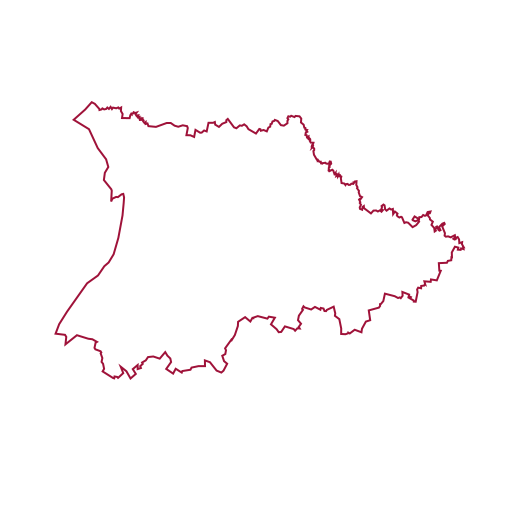 Gert Sibande, Mpumalanga, South Africa, rotated 190°
{"feature_id": "47623444B27645248540404", "entity_name": "Gert Sibande", "entity_type": "district", "adm_level": 2, "iso_a3": "ZAF", "parent_name": "South Africa", "parent_adm1": "Mpumalanga", "projection": "natural_earth1", "projection_center": [29.797, -26.609], "detail": "fine", "context": "isolated", "style": "outline", "palette": "rose", "viewbox_px": 512, "rotation_deg": 190, "n_neighbors": 0, "source": "geoboundaries", "source_scale": "gbopen_adm2", "svg_char_len": 6072}
<svg xmlns="http://www.w3.org/2000/svg" viewBox="0 0 512 512"><g transform="rotate(190 256 256)"><path d="M346.4,371.9L350.8,372.0L355.0,369.8L358.8,370.2L363.1,372.2L367.0,371.5L376.9,365.8L384.5,365.2L385.9,367.7L387.5,366.9L387.9,368.8L388.9,367.6L390.5,369.0L390.2,370.0L391.4,370.9L391.6,372.0L393.4,371.7L393.6,370.9L392.7,370.1L394.0,369.8L395.1,372.1L396.1,371.7L396.7,372.3L395.8,373.0L397.0,373.0L396.6,374.1L398.3,373.6L399.3,374.8L398.5,376.5L399.6,375.9L401.4,376.3L401.5,375.2L403.2,374.8L403.0,373.8L403.7,374.1L404.2,372.9L404.4,369.8L411.9,368.6L412.0,372.7L414.2,375.3L414.6,378.8L416.3,377.4L417.4,378.4L419.3,377.2L422.6,377.3L423.4,375.7L425.1,377.6L426.4,375.3L428.2,376.4L429.1,374.8L431.0,374.0L432.9,374.7L433.6,373.5L435.5,372.6L435.8,373.6L441.2,377.9L444.5,378.9L449.7,370.5L459.2,358.5L442.5,351.9L430.6,334.8L420.4,325.2L416.9,318.0L419.3,311.7L419.0,304.4L410.1,296.6L409.4,295.3L408.1,284.5L407.4,287.5L404.0,289.9L402.2,290.0L399.1,293.4L397.5,294.1L396.1,290.8L395.5,285.1L394.5,272.7L394.7,249.9L396.5,233.0L400.0,224.0L403.6,219.6L408.2,209.4L417.6,199.8L432.4,168.4L438.0,154.7L439.9,144.7L430.4,145.2L428.8,143.4L428.3,135.9L418.6,146.9L406.8,145.4L402.7,145.6L397.7,143.8L398.9,142.8L399.1,137.5L398.0,136.2L392.5,135.2L391.6,134.1L392.1,133.2L389.6,128.8L389.7,124.9L387.9,123.3L386.0,118.5L387.0,115.7L375.5,111.0L374.4,110.9L374.4,112.8L371.7,112.8L370.7,112.0L366.4,117.6L370.0,123.5L363.6,120.0L358.3,113.6L353.9,119.0L357.7,123.2L353.6,128.1L352.9,124.1L349.9,125.7L350.9,127.4L348.8,130.1L349.7,131.3L346.4,134.1L344.8,137.7L339.7,139.2L333.0,138.2L328.7,145.6L326.0,142.5L322.6,140.2L321.2,136.8L324.8,129.2L317.2,125.8L315.5,131.0L308.9,128.3L308.6,129.9L300.8,132.6L300.1,134.9L293.4,137.6L287.1,138.7L288.2,144.3L282.9,143.4L274.9,136.3L269.9,135.2L268.1,137.4L265.7,144.9L269.2,146.9L271.9,151.9L269.2,154.1L269.2,158.0L270.4,159.7L265.7,169.4L265.3,169.0L263.1,174.5L261.7,183.9L262.2,188.1L256.1,193.9L250.2,190.5L248.8,194.4L247.8,194.3L247.8,194.9L243.8,197.1L233.9,196.3L232.8,198.5L229.6,198.5L226.7,198.5L229.4,191.3L223.0,187.5L220.4,184.9L218.0,185.6L215.3,191.7L206.2,190.6L204.5,189.2L202.7,192.0L200.4,192.2L201.6,193.6L199.9,197.1L203.5,200.1L203.4,204.7L200.4,211.1L201.4,211.9L200.5,214.7L199.2,213.8L192.4,212.9L189.1,216.1L183.3,214.3L183.2,216.1L180.4,216.0L179.0,213.7L177.4,213.9L176.9,215.2L170.7,219.6L168.0,213.3L167.9,210.8L163.0,208.3L159.5,199.4L158.6,194.0L154.3,194.5L152.0,195.8L151.9,196.6L150.2,196.0L146.0,200.5L138.9,199.2L139.0,202.8L136.4,210.5L132.4,212.6L135.5,222.0L126.0,226.5L125.1,228.4L125.5,230.1L124.7,230.4L122.8,233.7L122.5,241.3L112.4,240.5L108.8,239.3L107.2,240.2L106.1,239.6L104.7,242.3L105.6,246.0L98.5,244.6L98.7,241.6L97.8,241.3L97.4,242.7L96.3,242.4L97.0,241.0L92.9,239.5L92.7,238.5L90.8,238.7L90.6,248.5L91.5,251.0L90.8,253.0L87.8,252.9L88.1,255.2L85.2,256.1L84.8,257.6L84.4,257.4L85.8,260.3L79.5,260.9L79.6,263.3L73.7,263.4L71.5,273.5L72.9,273.4L74.7,280.7L66.8,282.5L66.2,284.5L63.0,285.7L63.3,288.8L62.8,288.8L63.8,293.5L61.7,299.7L58.2,299.4L58.3,297.3L55.5,297.6L55.3,299.1L52.8,298.8L53.5,300.5L52.9,300.6L55.3,303.5L55.4,305.4L58.0,304.0L58.9,307.6L60.7,309.7L61.9,308.9L62.3,307.2L63.4,306.7L64.6,307.2L63.1,309.0L63.8,311.0L67.5,308.2L70.2,308.7L72.4,308.0L73.8,308.8L73.9,311.3L77.8,317.5L75.7,320.3L76.4,321.3L78.1,320.2L80.8,316.2L78.8,313.5L79.7,312.8L80.8,313.4L82.9,316.5L83.6,316.0L83.3,314.8L84.1,313.2L83.3,312.2L84.3,311.2L85.4,314.6L88.6,317.1L87.8,320.5L91.0,322.2L91.4,323.6L94.0,325.9L93.5,327.8L92.2,328.3L91.9,330.1L94.6,329.1L95.6,325.5L96.6,324.9L98.5,325.4L99.8,323.1L101.9,322.6L101.8,320.6L106.7,322.5L108.2,319.0L107.9,318.5L105.1,317.8L103.0,319.3L101.4,318.1L103.6,314.2L106.8,311.6L111.9,315.2L114.1,315.3L115.6,314.3L119.0,319.5L120.0,319.8L121.5,318.8L123.6,319.7L124.4,320.7L124.0,322.3L126.9,323.9L128.2,321.1L129.4,326.1L131.0,325.2L132.8,326.0L135.3,323.3L136.9,324.4L138.2,328.2L139.4,328.8L141.0,327.0L140.4,326.1L140.7,324.0L139.0,323.3L140.1,321.4L141.9,322.5L143.7,321.0L145.6,321.7L148.2,321.1L150.2,317.9L158.0,321.9L158.5,323.9L159.5,322.9L159.5,320.0L161.8,320.5L162.3,322.0L161.5,324.7L163.0,326.2L162.6,327.1L164.3,329.5L163.7,330.2L163.1,329.8L161.8,332.4L164.0,333.1L165.9,336.5L165.9,338.0L168.3,340.3L168.0,341.4L169.6,343.4L170.0,347.1L171.7,346.5L172.1,345.2L172.8,345.3L172.8,343.9L174.6,343.8L175.7,342.4L177.2,342.1L178.3,342.9L179.9,342.4L180.2,341.4L181.7,342.7L184.4,342.7L185.9,347.2L185.8,348.9L187.0,348.9L186.5,349.4L187.4,350.3L188.4,349.9L188.7,350.7L189.3,348.6L189.7,349.6L190.3,349.1L190.0,350.2L190.6,349.9L190.3,351.3L190.9,350.2L191.0,350.9L192.2,350.8L192.2,351.5L192.6,350.8L192.2,350.3L192.8,350.0L194.7,353.5L195.8,354.2L198.6,352.2L199.3,352.8L198.8,354.5L199.4,353.9L199.6,355.5L198.9,356.5L199.7,357.3L198.0,360.0L198.8,361.9L199.8,361.9L200.3,359.4L202.9,359.2L203.9,359.9L206.4,359.0L206.3,359.7L206.8,358.5L208.0,358.5L208.6,360.1L210.0,359.8L211.1,360.9L211.8,360.3L212.3,361.7L212.9,361.5L216.5,365.8L217.7,369.3L217.1,370.3L217.3,371.8L218.8,373.1L219.6,372.2L219.2,374.0L220.1,373.7L220.0,375.0L219.4,375.4L219.1,377.5L221.8,377.2L223.1,378.8L222.6,379.5L223.0,380.6L224.1,381.4L223.9,380.4L224.6,380.3L225.5,381.2L224.8,381.7L225.0,383.0L226.5,381.9L227.2,383.8L228.4,383.8L228.4,386.1L227.1,387.2L228.1,387.9L227.6,389.0L229.4,389.2L229.6,390.6L230.7,390.8L231.9,393.6L234.9,395.3L235.3,399.2L237.4,401.1L241.4,400.8L242.2,399.5L245.7,400.2L246.6,399.1L248.4,399.2L249.0,397.2L247.9,396.2L248.5,394.6L248.1,392.2L251.2,389.2L254.2,389.2L258.0,392.7L261.1,393.3L261.5,392.2L263.1,391.4L263.5,388.9L264.6,388.4L264.5,385.8L266.1,384.6L267.0,380.6L270.4,381.4L273.0,380.2L273.7,381.6L274.8,381.7L277.3,376.6L285.5,379.6L287.7,382.1L290.5,383.6L292.5,381.8L294.6,381.8L297.5,378.4L300.0,378.9L307.6,386.1L308.8,384.6L308.5,382.7L312.2,380.4L314.9,376.7L319.0,378.3L319.8,380.8L321.4,379.7L325.9,378.9L326.2,370.1L328.9,370.6L330.9,368.1L332.4,367.7L337.5,369.7L337.6,362.5L341.6,363.5L345.5,362.9L345.4,370.2L346.4,371.9Z" fill="none" stroke="#9f1239" stroke-width="2"/></g></svg>